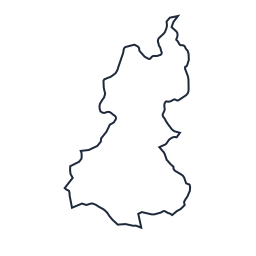 an SVG outline of Wangdi Phodrang, rotated 349°
{"feature_id": "BTN-2487", "entity_name": "Wangdi Phodrang", "entity_type": "District", "adm_level": 1, "iso_a3": "BTN", "parent_name": "Bhutan", "parent_adm1": "", "projection": "albers", "projection_center": [90.204, 27.588], "detail": "fine", "context": "isolated", "style": "outline", "palette": "slate", "viewbox_px": 256, "rotation_deg": 349, "n_neighbors": 0, "source": "natural_earth", "source_scale": "10m", "svg_char_len": 2990}
<svg xmlns="http://www.w3.org/2000/svg" viewBox="0 0 256 256"><g transform="rotate(349 128 128)"><path d="M137.5,217.8L135.0,217.4L125.5,213.2L121.7,214.2L122.0,228.4L117.2,225.4L114.3,224.9L107.1,221.8L99.5,220.9L95.2,215.0L92.8,210.7L91.9,208.2L91.4,207.2L90.1,205.2L88.3,203.0L84.3,199.7L82.1,197.5L79.4,195.7L77.8,195.1L72.4,195.6L68.4,193.4L57.8,195.6L57.8,183.0L58.2,180.7L58.1,178.6L57.8,178.1L57.3,177.8L55.8,176.7L54.4,174.9L64.2,166.4L62.8,162.2L63.1,158.3L64.0,154.5L73.6,151.8L76.5,149.2L77.2,146.6L77.5,144.4L77.6,143.4L77.2,141.5L77.5,141.5L85.1,142.1L85.3,142.1L94.4,139.8L98.7,136.2L99.6,133.1L106.1,127.6L110.8,121.3L115.0,119.9L117.6,117.2L118.1,116.0L118.0,114.4L117.4,113.5L115.9,112.0L114.4,110.1L113.1,108.9L111.8,108.4L110.5,108.3L108.1,108.7L106.8,108.5L105.5,107.8L104.1,106.3L103.9,104.2L104.0,101.9L104.5,100.4L104.9,99.2L105.7,98.2L108.5,95.1L110.3,93.5L112.1,90.0L111.9,83.8L112.9,77.1L113.4,76.4L114.2,75.6L115.0,75.6L115.8,75.4L116.8,75.1L120.5,74.5L122.5,73.7L126.3,71.8L127.9,70.0L129.1,68.4L129.8,66.9L137.5,53.5L138.8,50.0L139.6,48.8L140.5,48.2L141.3,48.0L147.4,47.6L150.3,47.5L153.4,50.1L154.0,51.3L154.2,52.2L154.0,52.8L153.9,53.3L153.9,53.9L154.3,55.1L157.9,61.1L160.4,63.3L161.9,64.3L163.0,64.2L163.9,63.6L165.0,62.6L166.1,62.2L167.3,62.2L169.8,62.8L170.9,62.8L172.1,62.6L174.0,62.4L175.0,61.7L175.5,60.6L175.4,59.4L175.1,58.1L175.1,56.1L174.9,55.2L174.6,54.1L174.1,53.2L174.0,52.2L174.1,50.6L173.8,49.4L174.1,47.7L175.2,45.8L180.9,42.3L182.6,40.8L184.6,37.7L185.8,35.0L186.2,30.8L189.0,28.6L190.1,27.7L198.4,27.6L192.9,32.5L190.0,37.3L194.0,42.6L194.5,44.0L194.5,45.5L194.0,47.3L193.5,48.4L193.0,49.2L192.5,49.7L192.3,50.1L192.2,50.6L192.4,51.0L193.0,51.7L193.5,52.7L194.0,54.3L194.5,55.6L194.9,56.4L195.4,56.7L197.6,57.3L198.2,57.5L198.7,57.9L199.2,58.7L199.5,59.6L199.9,61.2L200.3,62.0L200.8,62.7L201.2,63.5L201.4,64.7L201.6,66.7L200.7,72.7L198.6,76.7L197.5,78.3L196.5,78.9L195.9,78.8L195.5,79.8L195.3,80.7L196.7,88.9L196.6,91.9L194.9,101.5L194.2,103.8L193.2,105.4L191.3,106.9L182.9,110.4L182.0,110.5L181.1,110.1L179.3,108.8L178.3,108.8L177.3,109.1L176.0,109.6L174.5,109.9L173.4,110.0L172.8,109.9L172.1,109.8L171.4,109.4L170.8,109.2L170.1,109.3L169.5,109.8L168.7,110.8L168.3,111.6L167.9,112.9L167.6,116.7L167.0,118.0L164.6,121.3L164.5,122.7L164.8,123.9L165.7,125.6L166.0,126.5L166.2,127.3L166.3,127.9L167.1,129.7L167.4,130.7L170.7,137.5L172.7,139.9L178.0,142.6L176.1,144.5L175.2,145.2L174.6,145.9L174.2,146.3L173.6,146.4L172.6,145.8L171.5,145.7L170.1,145.7L167.7,146.5L166.1,147.3L162.9,150.4L161.8,151.2L155.1,152.8L158.4,158.5L159.0,160.1L159.9,166.5L162.9,171.7L165.2,174.6L165.0,175.4L165.1,176.2L164.9,176.9L165.3,177.8L166.0,179.0L171.6,184.0L172.9,185.5L173.7,187.5L174.5,193.4L177.6,195.3L177.7,198.1L176.7,201.5L173.3,206.5L170.7,209.1L168.9,211.3L168.9,214.5L164.2,217.6L160.1,218.9L154.7,221.9L153.0,220.1L151.0,219.0L148.3,216.7L147.6,216.4L146.7,216.4L144.0,217.3L137.5,217.8Z" fill="none" stroke="#1e293b" stroke-width="2"/></g></svg>